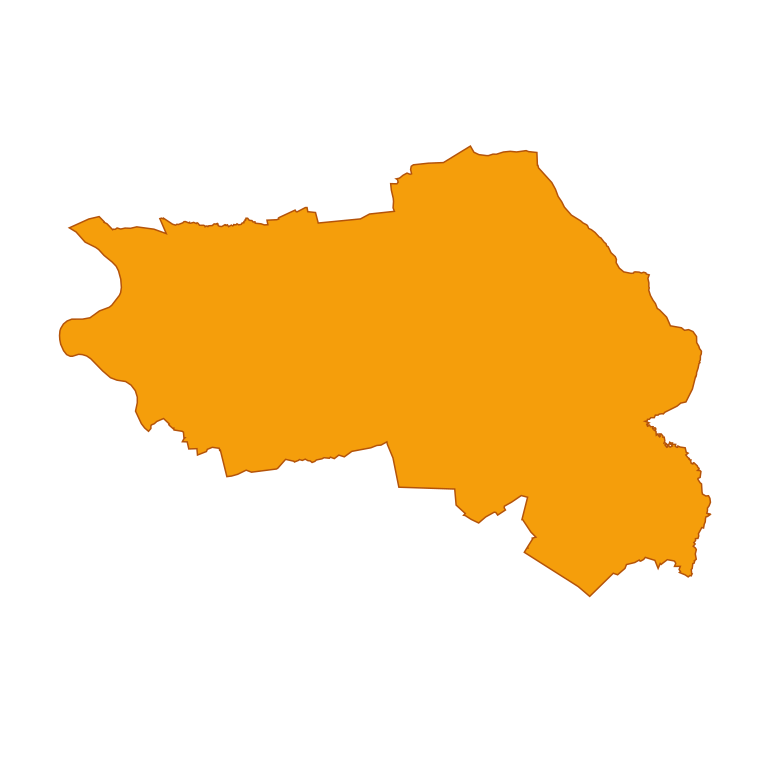 Lochem, Gelderland, Netherlands, rotated 355°
{"feature_id": "6326949B7349538907764", "entity_name": "Lochem", "entity_type": "district", "adm_level": 2, "iso_a3": "NLD", "parent_name": "Netherlands", "parent_adm1": "Gelderland", "projection": "mercator", "projection_center": [6.355, 52.172], "detail": "fine", "context": "isolated", "style": "filled", "palette": "amber", "viewbox_px": 768, "rotation_deg": 355, "n_neighbors": 0, "source": "geoboundaries", "source_scale": "gbopen_adm2", "svg_char_len": 6149}
<svg xmlns="http://www.w3.org/2000/svg" viewBox="0 0 768 768"><g transform="rotate(355 384 384)"><path d="M84.1,201.0L90.5,205.7L98.6,216.6L108.7,222.8L111.5,225.2L116.3,231.5L123.9,238.9L127.5,243.4L129.4,248.2L130.9,256.7L130.8,265.0L129.6,270.0L128.1,272.7L119.7,281.8L117.0,283.6L106.9,286.4L96.9,292.4L89.4,293.1L78.6,292.2L73.8,293.6L69.9,296.3L66.8,300.5L65.8,302.9L65.0,307.4L64.9,311.5L65.4,316.2L67.7,322.9L70.4,327.0L73.8,329.0L76.1,329.2L82.4,327.8L86.0,328.4L90.2,330.1L94.1,333.3L104.9,346.5L112.1,353.9L118.3,356.9L126.8,359.0L131.9,363.0L135.7,369.0L137.1,375.5L136.6,381.2L134.1,389.4L138.8,402.3L141.7,406.9L145.3,410.6L147.9,408.0L148.1,405.5L148.7,404.5L151.8,403.5L154.4,401.5L161.4,399.2L166.6,405.1L166.1,405.5L166.4,406.3L170.0,410.1L170.7,409.7L170.8,411.5L178.8,413.5L180.0,414.5L180.0,419.9L181.1,420.2L179.9,421.1L178.1,423.9L182.9,424.5L183.9,431.7L192.0,432.1L192.0,438.5L201.2,435.8L202.3,433.7L207.4,432.1L214.3,433.7L214.5,435.8L215.2,435.6L219.4,462.6L224.2,462.4L230.4,461.2L239.2,457.8L244.3,460.3L269.5,459.3L270.9,458.6L279.4,450.5L287.5,453.1L288.0,453.9L292.3,452.6L293.1,451.9L296.0,453.0L299.0,452.0L301.5,453.7L303.8,454.2L305.5,455.9L308.3,455.1L310.0,453.8L315.7,453.1L317.8,452.2L323.1,453.2L324.2,452.2L328.0,454.0L332.8,450.9L338.1,453.1L346.1,448.3L365.3,446.4L371.5,444.6L375.7,444.6L381.8,441.9L382.1,444.5L386.5,458.4L389.8,488.1L445.3,494.8L445.3,510.9L453.7,520.1L451.9,521.7L453.4,522.1L459.1,526.5L466.2,530.7L473.7,525.3L482.6,521.3L484.2,521.7L485.8,524.5L487.1,523.8L494.0,520.1L492.9,517.8L493.3,516.2L500.8,512.8L511.0,507.1L517.2,509.3L509.6,531.1L510.3,531.2L517.5,544.4L522.0,549.8L518.2,550.5L518.5,551.3L512.7,559.0L513.1,559.9L512.0,559.9L509.1,563.9L559.8,602.7L570.4,613.5L595.9,592.5L600.1,594.4L608.0,588.7L609.8,585.0L618.3,583.7L622.9,581.6L623.6,582.7L624.3,582.8L627.4,581.4L629.2,579.5L638.5,583.3L641.0,591.6L643.5,586.9L644.3,587.9L650.9,583.7L657.5,585.5L658.4,586.5L659.0,588.2L657.5,591.0L663.3,591.5L661.8,594.5L663.0,596.7L661.9,597.5L667.4,600.4L670.2,602.7L672.1,601.4L673.3,601.9L674.4,600.0L674.0,599.9L673.9,595.5L674.9,594.8L676.0,589.8L677.3,589.5L678.1,587.4L677.8,587.2L679.8,585.8L679.3,580.4L680.7,576.2L680.0,574.6L677.9,572.5L680.0,570.5L678.8,569.0L680.7,567.2L680.8,565.2L683.3,565.2L684.3,562.8L684.2,560.5L688.1,554.7L689.8,555.3L690.8,551.6L692.0,549.4L692.6,545.8L693.3,544.3L694.7,544.2L697.4,542.6L696.4,542.2L697.0,541.8L694.3,540.9L695.2,538.3L695.4,535.8L697.2,533.8L698.9,530.3L698.7,526.3L697.5,523.6L694.8,523.6L691.7,521.4L691.4,519.4L691.6,511.2L690.2,509.8L688.3,506.1L688.6,505.4L690.8,504.6L692.1,498.8L691.2,497.8L688.9,497.4L690.4,496.2L690.5,495.5L689.4,494.4L688.9,492.8L685.8,489.4L685.2,489.5L684.7,490.6L683.2,489.8L682.7,487.4L683.2,486.5L681.8,486.1L681.2,485.3L681.6,484.8L680.2,483.7L678.5,481.0L680.9,479.4L679.1,478.3L678.5,473.8L673.5,472.6L671.4,471.4L671.0,472.6L670.4,472.7L668.8,471.5L669.3,469.6L666.0,469.2L666.3,467.9L664.6,467.7L663.6,466.9L663.0,468.2L665.0,469.4L665.9,470.9L663.6,471.8L662.5,471.1L662.4,469.1L661.6,469.0L661.1,469.3L660.7,471.5L660.2,471.7L658.6,469.2L660.0,468.7L660.1,468.1L658.8,467.0L657.9,467.2L658.8,465.1L658.5,461.4L657.2,461.3L657.3,460.1L655.8,457.9L654.3,457.8L654.7,460.1L654.0,460.7L653.0,459.4L652.5,457.6L650.8,458.7L650.8,454.9L649.2,453.5L650.6,453.2L650.9,452.5L650.6,451.5L649.9,451.2L648.0,452.1L647.7,451.8L648.3,450.0L645.7,449.7L644.9,448.0L643.4,447.9L643.2,449.1L642.9,449.1L642.2,447.0L644.7,445.8L640.9,443.9L642.9,443.6L643.4,442.2L645.2,442.3L646.9,440.8L650.3,441.1L651.6,438.7L654.3,438.9L655.5,438.0L658.5,437.8L659.6,438.2L661.4,436.6L674.2,431.5L677.9,428.9L683.2,428.2L690.8,415.9L695.0,403.8L695.4,403.9L696.1,401.9L696.4,399.9L698.3,395.5L699.6,391.0L700.6,390.3L700.2,389.1L701.2,387.6L701.7,383.5L702.7,381.7L703.1,379.0L701.4,376.2L700.9,373.8L699.1,370.0L699.5,364.0L696.4,358.7L692.2,356.4L688.1,356.7L685.2,353.9L674.4,351.0L671.4,342.1L665.1,334.4L662.8,332.5L661.4,327.5L659.3,324.0L657.1,319.0L655.9,313.5L656.6,311.4L656.3,310.0L656.7,306.4L656.1,301.8L657.7,298.4L654.9,297.3L654.5,296.1L652.4,295.3L650.0,295.9L648.0,294.8L644.0,294.2L642.9,294.3L642.2,295.3L639.7,295.3L632.6,293.2L628.5,289.1L625.8,283.3L626.4,280.2L625.5,277.3L621.6,273.0L619.2,266.7L617.9,265.9L617.4,263.6L615.6,261.8L612.8,257.4L611.2,256.4L607.5,251.5L604.0,248.3L601.5,246.9L600.6,244.2L599.8,243.1L596.3,240.9L594.1,238.6L585.4,232.1L579.1,223.5L577.0,218.1L573.8,212.3L571.8,205.0L568.7,197.9L556.8,182.2L556.4,179.6L555.9,179.5L555.9,178.9L556.5,166.7L548.3,165.1L545.9,163.9L536.3,164.4L530.0,163.2L523.2,163.3L516.0,164.9L512.6,164.5L507.9,165.6L506.0,165.4L498.6,163.8L493.8,161.0L490.8,154.5L462.5,168.6L447.5,167.9L432.4,168.2L430.1,169.5L429.2,172.6L429.8,177.0L428.3,177.4L425.3,175.9L421.2,177.7L417.3,180.3L414.1,180.7L415.2,181.5L415.7,184.2L414.3,185.7L408.1,185.0L408.2,191.4L409.4,199.9L409.4,203.0L408.4,209.3L409.4,212.9L384.4,213.4L374.9,217.5L332.5,217.9L330.7,207.2L323.1,205.7L322.7,201.5L321.0,201.4L312.3,205.0L311.4,204.6L310.6,203.0L294.1,209.0L293.3,209.5L293.5,210.5L291.3,211.0L281.7,210.6L282.2,215.2L278.7,215.1L275.5,213.7L269.8,212.6L269.6,211.2L267.7,211.2L266.7,209.7L264.1,209.2L262.6,207.0L261.0,206.8L260.7,207.8L260.1,208.0L260.3,208.8L258.6,209.9L258.5,211.1L256.6,211.3L255.8,212.5L253.1,212.8L251.5,211.6L250.5,212.5L248.2,212.1L248.1,212.8L247.0,213.3L245.8,212.4L242.9,213.7L241.9,211.8L240.6,212.4L239.4,212.0L239.8,211.5L239.5,211.4L236.2,213.0L233.9,212.6L232.7,211.8L232.8,211.2L232.0,210.6L232.4,209.9L232.0,209.5L230.3,210.0L228.7,209.7L226.7,211.2L223.3,211.1L222.3,211.9L221.4,211.1L219.5,211.7L219.5,211.0L218.3,210.2L214.1,209.8L212.7,207.7L211.8,207.1L211.0,207.8L208.5,206.4L205.2,207.0L204.3,206.7L204.3,206.0L203.3,206.4L200.4,204.9L199.0,204.8L197.6,205.9L193.0,207.2L191.6,206.8L190.2,207.6L187.3,206.4L178.8,199.6L178.5,200.2L176.9,199.4L175.1,199.7L180.2,215.2L168.3,209.7L151.4,205.9L145.1,206.8L139.6,206.1L135.2,206.7L131.7,205.3L129.7,206.5L127.9,206.2L127.2,206.7L122.0,200.2L119.1,198.5L119.4,198.0L114.8,192.4L104.3,193.9L84.1,201.0Z" fill="#f59e0b" stroke="#b45309" stroke-width="1.5"/></g></svg>